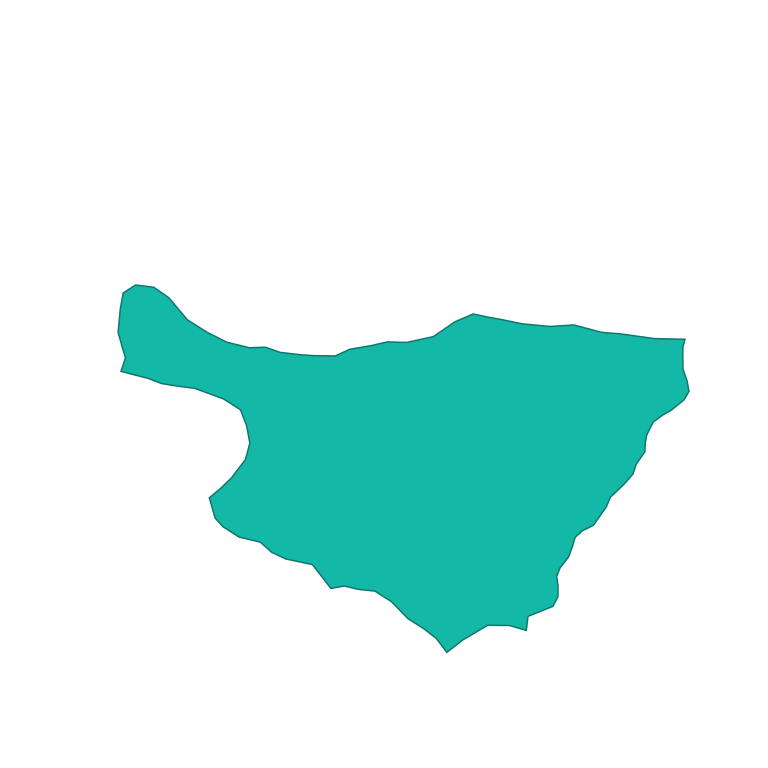 Angastina, Cyprus, rotated 305°
{"feature_id": "46923920B58567235428408", "entity_name": "Angastina", "entity_type": "district", "adm_level": 2, "iso_a3": "CYP", "parent_name": "Cyprus", "parent_adm1": "", "projection": "equal_earth", "projection_center": [33.585, 35.215], "detail": "fine", "context": "isolated", "style": "filled", "palette": "teal", "viewbox_px": 768, "rotation_deg": 305, "n_neighbors": 0, "source": "geoboundaries", "source_scale": "gbopen_adm2", "svg_char_len": 1383}
<svg xmlns="http://www.w3.org/2000/svg" viewBox="0 0 768 768"><g transform="rotate(305 384 384)"><path d="M271.8,231.3L275.4,244.8L279.7,261.1L280.6,281.2L270.9,295.6L258.5,308.1L242.6,313.8L219.7,312.9L204.7,310.0L190.6,306.2L177.3,322.5L174.7,334.0L175.5,353.2L183.5,373.4L181.7,388.7L184.4,404.1L195.0,429.0L186.1,457.8L195.8,467.4L201.1,480.9L209.1,495.3L209.6,506.6L210.0,514.5L205.5,538.5L206.4,557.7L205.5,573.0L200.2,589.4L219.7,595.4L245.9,607.4L258.2,625.4L263.8,641.9L276.3,635.2L285.2,641.1L298.8,649.9L309.6,648.5L319.1,641.8L325.2,635.9L334.1,633.7L348.3,634.4L359.2,631.5L368.0,628.5L377.5,630.7L388.4,636.6L397.2,636.6L410.8,636.6L421.0,634.4L439.3,638.1L452.9,639.6L463.1,636.6L478.0,636.6L486.2,631.5L493.0,628.5L507.3,626.3L518.1,630.0L527.6,634.4L543.2,638.9L552.8,638.1L560.2,630.7L567.7,620.4L575.8,614.5L585.4,607.8L593.3,604.9L576.3,579.5L571.0,569.1L560.4,548.4L550.9,532.2L541.3,505.7L526.5,487.2L512.7,463.0L504.2,443.3L497.8,429.5L492.5,416.8L475.5,406.4L451.1,397.2L431.0,378.7L420.4,362.6L407.6,351.0L392.8,336.0L379.0,328.0L367.3,310.7L360.9,300.3L350.3,280.7L346.1,265.7L336.5,253.0L328.0,231.1L324.9,209.2L323.8,186.1L331.2,158.4L331.2,140.0L322.7,123.8L309.0,118.1L294.1,125.0L273.9,136.5L264.4,148.0L257.0,157.3L243.5,161.3L248.8,175.7L253.2,187.2L256.8,201.6L263.8,216.0L271.8,231.3Z" fill="#14b8a6" stroke="#0f766e" stroke-width="1.5"/></g></svg>